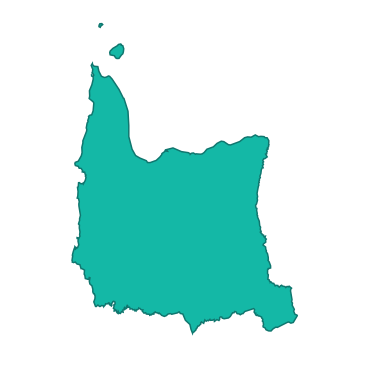 the district of Bulukumba, Sulawesi Selatan, Indonesia, rotated 196°
{"feature_id": "22746128B72639885395673", "entity_name": "Bulukumba", "entity_type": "district", "adm_level": 2, "iso_a3": "IDN", "parent_name": "Indonesia", "parent_adm1": "Sulawesi Selatan", "projection": "equal_earth", "projection_center": [120.241, -5.484], "detail": "fine", "context": "isolated", "style": "filled", "palette": "teal", "viewbox_px": 384, "rotation_deg": 196, "n_neighbors": 0, "source": "geoboundaries", "source_scale": "gbopen_adm2", "svg_char_len": 5901}
<svg xmlns="http://www.w3.org/2000/svg" viewBox="0 0 384 384"><g transform="rotate(196 192 192)"><path d="M132.3,262.5L134.7,264.8L136.8,264.4L138.0,265.1L141.1,264.5L143.3,263.5L146.9,264.3L150.2,261.0L153.7,260.3L156.4,258.7L160.1,253.6L168.0,247.8L170.0,247.5L175.3,249.2L177.9,248.9L181.3,245.7L183.9,241.3L189.5,237.2L191.2,233.3L192.7,231.5L194.2,230.7L198.6,229.8L199.0,229.3L201.5,229.9L203.3,229.0L204.1,227.7L204.4,228.3L206.4,228.8L213.2,227.9L222.4,229.1L229.1,225.2L229.2,224.7L227.6,225.2L226.7,224.4L228.8,224.1L231.5,220.7L231.4,219.5L232.5,216.8L235.1,212.5L240.4,208.7L242.9,208.1L244.5,209.5L251.6,210.3L256.3,211.5L261.4,216.6L268.0,227.8L271.1,238.5L275.8,252.0L283.2,263.2L283.8,263.2L290.4,270.4L300.0,278.6L303.1,280.5L304.3,280.5L306.0,278.8L307.9,277.9L311.0,278.3L314.8,282.4L317.1,286.6L320.7,285.9L322.8,287.1L323.2,288.1L323.8,285.9L321.2,282.5L320.7,279.2L321.3,278.3L320.5,279.1L318.6,277.3L318.9,276.0L320.4,275.9L321.1,277.6L320.4,275.8L319.0,275.8L318.1,273.4L317.8,267.6L318.5,261.1L316.8,256.0L316.6,253.5L311.8,251.4L310.9,250.4L309.4,242.7L309.7,238.5L311.3,237.7L312.3,236.2L311.7,235.2L311.9,232.1L311.3,231.0L311.8,229.4L311.3,224.4L310.4,223.2L310.1,221.4L311.0,211.1L310.4,209.1L310.2,204.6L308.5,199.5L308.4,196.3L309.8,190.3L312.4,188.3L312.4,186.9L311.4,185.3L308.3,185.3L307.1,183.8L305.0,184.1L303.3,182.6L303.1,181.5L302.7,181.9L302.1,181.0L300.7,181.5L299.2,179.1L298.6,179.0L298.9,177.9L297.9,176.8L297.8,173.7L298.7,169.8L299.2,170.5L299.9,169.7L301.2,169.3L302.9,170.0L303.6,169.7L302.8,165.6L303.4,165.0L301.7,161.2L300.7,156.8L300.7,154.5L299.4,154.5L297.7,151.6L297.5,149.4L296.8,147.3L292.8,138.8L292.7,135.2L292.2,133.8L292.3,130.0L291.1,129.2L290.4,126.3L288.7,122.8L288.2,119.8L287.5,118.7L288.0,116.6L289.9,116.5L289.6,115.6L288.2,115.4L288.1,113.5L286.3,110.0L286.6,107.3L287.2,106.3L287.6,106.4L287.5,106.9L288.3,106.4L289.5,107.2L289.4,106.5L288.2,106.0L288.1,105.4L288.3,104.8L289.6,105.1L289.7,102.0L289.6,98.2L289.1,97.8L288.5,93.2L288.1,93.0L287.8,91.6L286.4,91.5L284.9,92.5L282.7,91.1L279.7,91.2L277.5,87.7L276.6,88.0L273.8,87.3L273.0,83.3L272.0,82.3L270.7,79.4L267.6,79.4L267.2,79.8L267.2,81.5L266.4,81.4L266.1,77.9L264.9,75.5L262.3,74.2L260.5,71.1L259.8,68.6L258.6,67.1L257.9,67.3L256.5,65.3L255.9,62.8L256.1,59.3L253.2,55.4L252.5,55.5L251.3,57.4L249.3,56.5L248.5,56.8L247.8,57.9L246.1,58.2L245.4,57.5L245.4,58.3L244.8,58.3L244.3,59.5L244.2,60.8L242.9,60.9L241.4,62.6L240.7,62.3L240.6,61.1L238.0,60.2L237.8,61.1L238.8,62.5L237.9,63.6L237.9,64.8L237.1,65.4L235.7,65.0L235.2,63.6L235.3,62.6L236.1,61.8L235.4,61.0L235.5,58.5L233.5,57.8L233.6,57.1L234.2,56.8L234.0,56.1L231.9,57.4L231.4,55.9L230.4,55.1L230.0,56.8L228.9,55.0L228.1,55.8L227.3,55.6L226.8,57.6L225.1,57.5L226.0,59.4L224.6,60.2L225.2,61.5L225.0,62.2L224.0,61.0L222.9,62.1L223.5,62.6L223.0,65.2L222.6,65.1L222.0,63.5L220.3,64.0L219.5,63.2L219.3,62.4L217.5,63.2L216.2,62.4L215.1,63.1L214.0,62.0L213.6,62.7L213.0,62.4L213.1,63.6L212.2,63.6L211.4,64.6L211.2,65.8L210.5,65.4L209.9,65.7L208.7,64.9L206.7,65.1L207.1,63.9L204.7,62.3L203.3,63.2L202.3,62.1L199.1,62.7L198.7,62.0L198.2,62.7L197.6,62.4L197.0,62.9L196.6,64.0L195.7,63.8L194.9,64.4L195.4,65.1L194.3,66.6L193.4,66.0L192.2,66.4L191.0,66.0L190.4,66.6L190.1,66.0L189.1,66.2L187.2,65.1L184.3,64.8L182.6,66.1L181.3,68.2L179.1,69.2L177.8,68.9L172.5,71.9L171.8,72.9L171.0,73.2L169.8,72.0L167.2,72.2L163.0,66.9L157.5,64.1L155.1,59.7L152.5,56.3L152.5,57.3L151.7,57.8L150.2,60.5L150.3,61.6L149.6,62.9L149.6,64.6L148.6,65.0L147.1,67.7L147.6,68.6L147.2,69.7L144.6,69.0L144.4,72.6L142.8,71.7L141.5,73.0L140.7,72.8L139.7,74.5L139.0,73.7L137.0,74.4L135.6,75.6L134.8,73.8L132.9,76.2L130.7,75.9L130.3,77.0L130.8,79.0L130.2,79.8L128.9,80.0L128.2,79.1L126.2,79.0L122.2,81.0L120.9,82.9L119.7,87.1L118.4,87.4L118.0,88.9L116.8,89.0L115.1,87.5L112.9,87.8L111.8,87.3L110.2,89.0L109.5,89.1L108.3,91.7L100.6,96.9L99.4,96.2L99.2,93.7L98.1,92.8L97.3,93.0L97.2,91.7L96.1,91.1L95.1,91.9L94.2,91.1L93.0,91.4L90.6,90.9L90.0,89.8L89.2,89.5L88.7,88.7L88.8,87.3L87.9,86.9L86.7,84.3L86.8,82.8L86.4,81.9L84.3,81.5L82.9,80.0L80.2,79.6L77.7,80.2L76.3,82.9L74.2,85.2L72.6,85.4L64.3,93.1L63.2,93.7L60.8,93.2L58.7,94.5L56.7,102.1L57.1,102.6L59.4,102.9L61.4,105.4L61.3,107.4L64.5,110.8L64.8,112.9L66.0,113.9L66.2,116.1L70.0,124.0L70.3,125.7L69.8,127.0L72.7,128.2L73.0,127.5L74.6,127.4L75.5,126.0L76.5,126.7L79.2,126.5L80.1,127.1L81.0,126.3L81.8,124.6L83.2,125.1L83.7,125.8L85.7,125.4L86.2,124.7L88.3,126.7L89.4,126.3L91.2,127.3L91.8,126.7L92.0,127.5L92.8,127.5L93.7,128.9L95.0,129.0L95.8,133.4L96.9,134.4L97.9,138.1L97.2,139.2L97.5,139.5L95.5,140.6L96.1,142.7L98.5,146.0L100.2,147.4L100.0,148.1L100.7,150.2L102.4,153.5L104.2,155.1L104.4,156.3L105.2,157.1L106.1,159.4L109.1,160.6L109.0,161.8L107.3,164.1L108.0,166.1L107.6,167.2L109.3,168.1L109.3,169.7L110.5,168.9L111.4,170.3L112.6,170.2L113.0,170.9L115.0,171.9L114.7,172.4L115.1,172.7L114.7,173.1L116.1,175.0L116.4,177.1L117.6,178.2L119.3,182.5L122.1,186.0L122.5,187.5L123.2,187.9L123.4,189.4L124.8,192.1L125.1,194.1L125.9,194.2L126.5,195.0L127.2,196.9L126.7,198.3L126.8,202.3L127.7,204.1L127.6,205.5L129.1,208.6L129.8,215.8L129.6,216.7L130.4,218.9L130.0,219.6L130.6,220.7L130.4,221.7L130.8,223.1L130.3,224.7L131.1,225.8L130.9,228.7L131.5,232.5L131.2,234.5L130.3,234.9L131.6,236.7L130.9,238.0L132.1,239.6L131.5,240.7L132.7,241.8L132.2,243.8L131.3,244.0L129.4,246.5L131.7,248.7L130.7,249.4L131.1,250.0L130.9,251.8L131.9,252.8L130.7,254.3L131.0,254.9L131.7,255.0L130.9,256.6L131.3,258.2L131.0,258.6L131.5,259.1L132.3,262.5ZM301.0,299.6L299.0,300.3L297.6,304.2L296.6,305.8L296.6,307.8L297.1,310.9L298.9,313.6L300.5,313.6L300.7,314.4L301.4,314.6L303.3,313.6L304.3,311.8L307.7,308.2L309.5,304.9L309.5,303.3L308.5,301.3L304.2,301.6L302.4,299.9L301.0,299.6ZM327.0,325.3L325.6,325.0L325.4,326.3L324.0,328.3L325.1,329.0L326.9,328.4L327.3,326.8L327.0,325.3Z" fill="#14b8a6" stroke="#0f766e" stroke-width="1.5"/></g></svg>